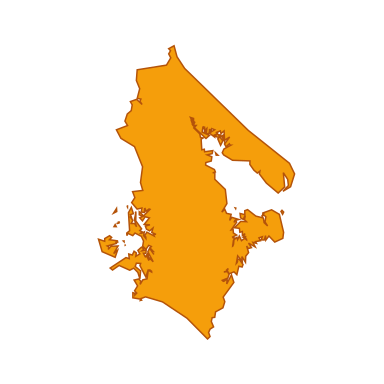 the district of Rodney Local Board Area, Auckland, New Zealand, rotated 163°
{"feature_id": "76426892B62509674219060", "entity_name": "Rodney Local Board Area", "entity_type": "district", "adm_level": 2, "iso_a3": "NZL", "parent_name": "New Zealand", "parent_adm1": "Auckland", "projection": "equal_earth", "projection_center": [174.565, -36.497], "detail": "fine", "context": "isolated", "style": "filled", "palette": "amber", "viewbox_px": 384, "rotation_deg": 163, "n_neighbors": 0, "source": "geoboundaries", "source_scale": "gbopen_adm2", "svg_char_len": 6148}
<svg xmlns="http://www.w3.org/2000/svg" viewBox="0 0 384 384"><g transform="rotate(163 192 192)"><path d="M192.9,82.4L178.4,93.3L178.5,101.2L185.7,93.9L183.7,98.7L187.5,97.3L188.2,97.4L188.9,98.7L182.9,99.2L180.8,102.1L181.1,104.9L182.8,106.0L184.1,105.9L184.8,106.4L181.5,105.7L181.9,107.2L179.7,108.3L181.3,106.4L180.3,102.9L175.2,103.4L173.3,99.8L168.9,107.3L166.0,105.6L164.4,107.7L166.6,114.2L168.2,114.0L168.7,112.4L169.5,111.3L170.5,110.7L167.0,117.6L164.2,111.1L163.2,115.7L161.4,109.2L159.4,114.9L155.6,117.5L155.5,124.4L154.8,121.5L151.4,121.4L152.9,126.6L147.6,121.0L148.5,126.0L145.4,124.1L145.9,126.0L140.8,125.4L141.4,128.6L137.8,128.7L139.8,126.0L137.0,125.0L134.4,128.8L135.5,124.4L131.3,127.4L127.5,119.9L118.7,121.1L116.2,126.6L115.0,145.1L121.1,151.7L131.0,151.2L128.6,151.0L130.8,150.3L131.1,149.4L130.3,149.5L128.6,146.7L130.9,142.0L129.6,137.4L132.0,141.6L131.4,146.3L138.0,150.3L144.0,158.9L147.0,158.7L148.1,154.9L152.3,157.4L153.1,153.1L151.1,150.9L148.4,153.7L148.2,153.3L149.9,150.2L148.6,147.7L154.0,149.6L161.8,145.4L157.3,143.4L158.0,139.5L155.4,139.5L156.5,135.7L153.5,136.7L156.0,134.0L155.2,133.6L153.7,133.8L153.1,133.6L156.0,133.6L154.3,132.3L154.4,132.0L154.0,131.6L154.0,131.0L153.7,130.8L153.8,130.3L155.2,132.3L158.9,131.0L159.6,136.1L162.3,133.1L162.3,135.5L165.9,134.0L167.5,130.0L168.3,128.9L168.6,129.0L168.6,128.5L168.9,128.4L166.6,133.5L164.5,135.5L166.1,136.2L166.3,136.9L166.3,137.1L161.9,137.8L164.4,140.7L163.6,144.2L165.6,144.3L158.2,150.0L158.6,152.3L160.8,150.6L159.3,152.3L155.2,152.0L161.3,156.1L164.3,153.8L161.1,159.2L165.2,161.5L165.7,165.8L169.4,164.1L162.0,170.7L159.4,184.7L166.5,197.5L164.4,204.1L166.7,204.2L163.8,204.3L164.0,206.9L171.1,213.8L170.2,216.1L164.5,216.0L162.7,219.9L166.7,223.1L161.5,222.8L160.0,225.5L168.2,226.8L167.7,229.3L170.3,229.5L167.8,239.9L165.6,240.4L167.9,241.7L167.6,245.4L171.6,252.8L169.4,254.4L171.1,254.5L171.9,256.5L169.3,257.9L171.7,257.8L171.8,261.0L171.0,261.7L169.8,259.8L169.3,261.8L171.6,263.2L171.7,263.8L169.0,261.9L169.7,259.6L171.5,261.2L171.5,258.2L169.6,258.8L169.0,257.9L171.3,255.3L168.6,254.4L170.9,252.9L163.0,239.1L158.8,241.0L164.8,246.3L162.6,250.9L162.1,250.9L162.4,249.4L162.0,248.8L161.7,249.9L160.8,250.9L162.1,247.0L159.2,248.5L161.3,243.5L158.4,242.8L158.2,244.2L157.1,244.9L157.4,245.1L157.4,245.5L156.8,247.2L156.8,244.7L156.6,245.8L155.7,246.7L156.4,244.7L158.0,243.9L156.4,244.1L154.6,246.9L152.1,244.9L158.2,243.3L154.4,238.0L154.2,239.9L151.2,240.3L153.4,238.3L150.2,236.2L151.8,235.3L151.0,228.3L147.6,231.9L151.2,241.8L147.1,242.2L147.2,239.4L143.5,241.0L145.9,231.3L145.0,232.2L139.9,233.6L146.9,228.4L146.2,225.3L142.2,227.2L141.8,225.6L141.2,225.4L148.9,223.8L151.6,220.7L150.9,218.2L144.0,210.5L127.5,204.8L128.6,201.4L126.4,194.7L124.0,191.0L121.0,192.1L122.3,189.6L118.3,178.8L109.9,165.8L101.9,169.8L99.0,183.8L96.8,176.1L97.9,170.0L104.8,166.1L96.2,168.2L88.6,179.3L90.4,191.0L120.2,234.5L162.9,312.3L166.8,325.7L166.4,337.1L172.4,335.9L171.2,333.4L173.9,330.9L173.1,326.5L179.3,320.8L208.7,324.9L212.6,314.9L211.8,306.1L217.0,297.6L213.7,295.8L215.3,294.0L214.1,290.3L217.9,296.8L224.5,296.5L223.7,292.8L226.3,287.6L231.1,285.5L235.4,279.4L234.2,274.4L246.1,273.6L244.3,264.1L233.7,252.2L231.9,230.6L238.5,216.1L238.6,207.9L248.7,209.7L248.3,203.3L252.8,199.5L249.5,191.7L244.6,191.3L246.4,187.8L243.5,186.3L242.2,189.9L241.7,189.9L241.6,187.1L238.0,188.3L237.2,187.7L245.2,183.3L248.2,188.5L249.1,185.6L246.2,183.0L249.5,182.6L247.8,178.9L244.0,182.0L240.3,179.7L247.2,175.0L241.8,172.9L246.6,173.0L246.4,169.8L243.9,167.2L239.9,168.9L242.3,165.1L238.8,162.0L241.2,163.0L241.0,160.9L246.9,166.8L250.0,164.1L249.3,162.5L249.7,161.0L251.1,164.5L249.2,167.8L252.3,167.2L253.2,167.6L251.2,168.4L253.2,170.4L251.0,171.5L254.2,180.9L251.7,188.6L255.1,182.5L255.2,174.9L256.1,178.6L259.4,179.7L256.9,182.1L258.5,186.7L257.3,185.2L257.4,188.4L254.4,188.4L254.5,195.0L258.8,190.8L263.0,173.2L266.4,171.8L267.0,169.3L265.4,171.2L261.4,167.6L258.5,169.4L253.4,164.4L252.7,159.3L255.0,154.6L252.8,150.7L249.0,153.6L246.8,151.8L248.5,150.7L246.5,146.7L247.9,147.4L246.7,143.4L249.0,150.6L251.7,147.7L249.5,136.6L252.5,142.3L252.2,146.9L253.4,142.5L252.3,139.9L253.4,139.7L254.1,144.9L255.3,143.5L255.7,143.8L256.4,147.6L254.0,146.9L252.8,149.9L256.9,150.4L254.6,151.6L256.5,154.0L260.8,152.0L260.0,148.1L264.6,146.9L263.0,150.0L264.7,152.3L267.5,149.2L270.6,151.2L271.5,146.6L274.3,148.6L292.5,143.2L290.8,140.6L283.2,143.1L274.4,135.4L270.0,136.2L267.3,130.9L267.2,124.2L264.2,131.6L268.1,137.4L266.0,140.2L262.0,138.7L263.3,136.9L261.0,124.3L256.9,130.0L256.6,130.1L255.9,130.0L255.7,130.0L254.9,129.6L253.8,128.0L254.0,127.2L256.7,130.0L260.4,122.1L264.7,122.4L268.6,118.8L267.1,121.8L268.3,124.4L273.1,124.7L271.5,118.1L275.8,114.3L274.4,111.5L276.8,110.1L276.3,111.9L278.0,113.0L279.5,108.1L273.2,104.9L267.1,105.3L252.4,95.6L233.7,72.8L220.1,46.9L217.0,48.5L217.2,52.8L214.8,55.6L210.8,56.7L211.4,62.5L209.5,65.9L206.9,65.5L204.5,70.5L196.3,72.2L192.7,77.5L192.9,82.4ZM284.6,152.0L280.2,158.1L284.9,156.0L278.5,162.0L285.3,163.8L289.0,161.6L287.4,163.3L288.9,165.2L279.4,164.9L279.5,166.1L277.7,165.8L277.6,167.1L284.9,170.5L282.1,172.1L283.6,174.3L289.1,173.0L289.9,170.4L295.2,174.2L295.4,161.2L284.6,152.0ZM273.2,194.7L269.7,195.3L269.0,198.3L273.2,194.7ZM111.9,144.2L110.2,146.0L111.3,148.2L112.6,147.4L111.9,144.2ZM147.4,236.6L146.5,233.1L145.3,237.4L147.4,236.6ZM158.1,220.1L156.4,219.6L158.0,222.5L158.1,220.1ZM276.7,181.7L274.6,181.0L275.0,183.3L276.7,181.7ZM273.4,183.8L271.0,183.7L271.0,184.2L273.4,183.8ZM161.4,246.3L162.7,245.7L162.4,244.8L161.4,246.3ZM273.1,103.4L271.8,103.3L272.1,104.5L273.1,103.4ZM131.6,148.3L130.4,148.7L131.5,148.7L131.6,148.3ZM147.8,238.0L148.8,238.5L148.3,237.1L147.8,238.0ZM251.3,189.7L251.9,189.0L251.7,188.9L251.3,189.7ZM155.3,164.1L155.1,163.3L154.8,163.8L155.3,164.1ZM257.5,198.1L258.2,196.9L258.1,196.4L257.5,198.1ZM271.3,165.1L272.0,165.2L271.5,164.3L271.3,165.1ZM270.8,184.3L269.8,184.5L270.9,184.7L270.8,184.3ZM132.1,148.7L131.9,148.2L131.6,149.0L132.1,148.7ZM271.5,160.7L270.8,161.0L271.5,160.8L271.5,160.7Z" fill="#f59e0b" stroke="#b45309" stroke-width="1.5"/></g></svg>